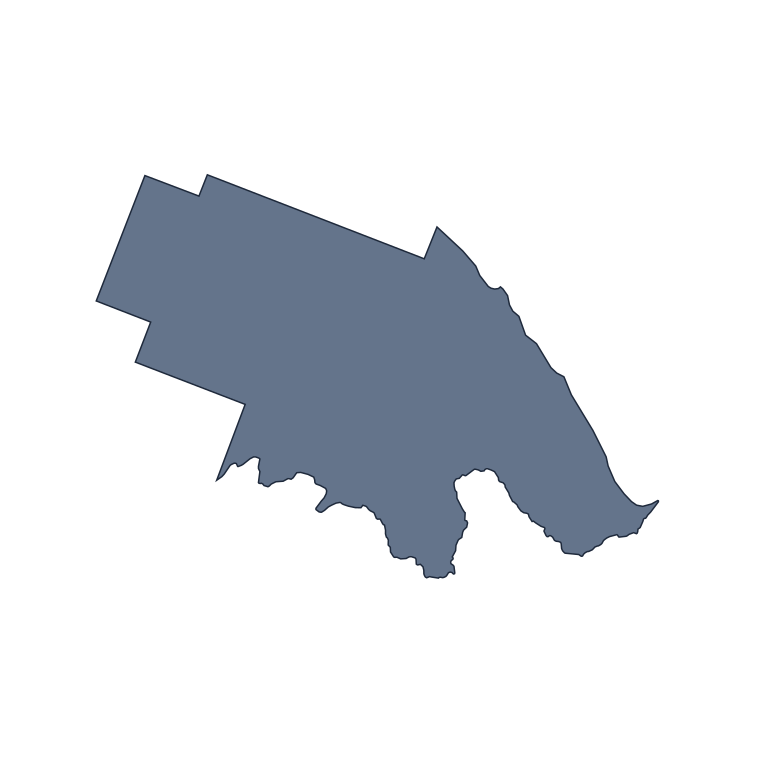 Menominee, Michigan, United States of America (Robinson projection), rotated 291°
{"feature_id": "52423323B70505810284564", "entity_name": "Menominee", "entity_type": "district", "adm_level": 2, "iso_a3": "USA", "parent_name": "United States of America", "parent_adm1": "Michigan", "projection": "robinson", "projection_center": [-87.723, 45.54], "detail": "fine", "context": "isolated", "style": "filled", "palette": "slate", "viewbox_px": 768, "rotation_deg": 291, "n_neighbors": 0, "source": "geoboundaries", "source_scale": "gbopen_adm2", "svg_char_len": 3745}
<svg xmlns="http://www.w3.org/2000/svg" viewBox="0 0 768 768"><g transform="rotate(291 384 384)"><path d="M234.2,262.3L239.4,265.8L242.6,267.1L252.9,269.5L254.1,270.3L256.4,272.5L256.8,273.8L256.8,274.7L254.6,276.9L254.6,277.3L256.9,279.9L258.5,281.2L266.2,285.7L269.2,288.4L269.9,290.3L270.0,293.5L269.8,294.6L269.5,295.0L262.1,296.3L260.1,297.1L257.8,299.5L247.0,302.1L246.6,302.6L246.7,304.0L247.4,305.2L247.3,306.5L246.2,308.4L246.5,312.5L247.7,313.5L250.2,314.6L254.0,318.1L257.1,324.7L261.2,328.2L261.6,329.3L261.8,331.4L263.9,332.8L269.9,334.3L271.6,337.9L272.4,345.5L271.9,351.8L269.7,353.6L267.3,354.8L266.7,355.6L266.3,356.5L266.4,360.9L265.8,365.5L265.6,366.9L264.5,368.1L263.6,368.8L260.9,369.4L256.2,368.9L252.1,367.4L243.6,365.0L242.4,365.5L241.3,369.2L241.7,371.2L242.0,371.7L244.8,373.8L249.3,376.1L252.1,378.5L255.6,381.9L257.7,385.4L257.7,386.2L257.1,388.0L257.0,390.1L257.2,394.5L258.3,401.5L260.2,406.8L263.2,407.7L263.4,411.0L263.0,412.1L261.4,414.6L260.7,416.7L260.4,420.0L260.1,421.0L255.8,425.0L255.5,426.4L256.3,428.2L256.4,429.0L253.3,432.5L252.5,433.7L252.5,435.0L248.1,437.8L244.6,439.1L241.9,441.1L241.6,442.1L240.0,443.9L235.2,445.6L233.8,448.4L229.5,450.3L226.1,454.9L225.9,455.8L226.9,458.2L226.7,462.2L229.0,467.2L231.4,469.2L232.1,470.2L232.6,471.6L232.8,475.4L231.9,476.7L227.4,478.7L227.1,479.8L227.2,480.4L228.7,482.6L227.3,485.9L224.4,487.9L221.0,489.3L219.6,490.5L218.6,491.8L218.4,493.3L220.6,495.7L220.7,497.0L222.3,504.4L223.1,504.7L223.9,506.0L224.1,507.5L224.3,508.3L225.1,509.4L226.5,510.7L227.7,511.2L230.9,511.8L232.1,513.1L232.4,515.0L231.6,516.6L231.6,517.3L232.3,517.9L233.2,517.7L238.8,514.7L239.5,513.8L240.3,510.8L241.8,510.0L243.3,510.1L244.9,511.1L246.0,511.0L246.7,510.4L247.0,509.7L254.0,510.6L259.2,509.0L264.7,509.2L266.0,509.7L268.6,511.6L273.6,510.6L275.0,510.6L276.2,510.7L280.0,512.5L284.3,511.8L285.8,510.3L285.7,508.7L286.1,508.1L292.9,505.9L293.2,505.0L295.6,501.8L303.4,493.1L309.1,490.6L310.0,488.8L311.3,487.7L313.8,486.1L316.9,484.7L318.9,484.8L321.3,485.5L322.9,488.1L327.2,489.7L327.5,490.3L327.5,492.7L328.0,493.4L336.8,498.9L337.2,499.9L337.6,502.9L337.2,505.7L338.8,508.6L340.4,508.9L341.6,510.0L342.0,511.0L342.1,514.7L341.8,518.6L337.6,524.3L335.4,525.4L334.5,526.5L334.3,527.2L334.5,530.6L333.4,532.7L332.5,533.5L331.3,534.0L327.0,539.6L325.0,541.0L320.4,546.2L320.4,547.4L318.9,551.5L317.2,553.2L314.6,557.3L313.9,560.6L314.5,563.6L314.3,565.4L312.0,567.0L308.7,571.5L309.5,572.8L308.7,575.3L307.4,581.6L307.5,585.1L307.1,585.8L306.4,586.1L304.4,586.0L303.8,586.2L300.6,589.6L300.0,590.8L300.2,591.8L301.8,592.9L302.1,593.9L301.5,596.3L299.1,599.2L298.9,601.1L299.5,603.4L299.5,605.6L298.5,606.6L294.0,608.8L292.3,610.5L291.0,613.1L291.0,613.9L294.6,626.9L293.9,629.7L294.1,630.5L294.6,631.0L296.9,631.4L298.6,632.3L300.3,633.7L301.1,635.2L303.9,637.9L307.5,639.4L309.3,641.4L309.7,642.2L311.8,643.9L313.3,644.6L316.4,645.0L317.8,645.7L320.0,647.1L322.4,649.3L326.8,655.4L326.7,656.0L325.3,658.0L325.5,658.7L328.6,664.6L329.4,665.4L331.5,666.7L334.3,669.9L334.7,670.4L334.7,673.3L335.4,673.8L337.0,673.8L339.5,673.1L341.8,674.6L348.4,674.9L350.9,674.7L351.9,675.3L352.3,676.2L353.0,676.6L356.2,677.2L359.9,678.8L372.4,682.4L373.3,682.0L373.3,681.3L367.9,676.8L362.5,669.4L361.4,663.2L362.9,657.2L367.5,647.5L375.7,634.4L387.8,622.6L395.6,617.5L415.5,595.7L441.0,562.8L455.2,549.4L456.1,541.3L459.1,534.0L476.3,511.9L480.3,498.7L495.5,485.7L498.2,478.1L502.8,472.8L510.8,467.7L515.3,461.0L516.4,457.9L514.1,456.6L512.3,453.3L511.8,449.6L512.4,446.4L519.6,434.5L527.0,427.4L536.4,409.9L549.6,377.2L515.3,376.7L516.0,144.1L493.1,143.9L492.9,86.1L358.4,85.6L358.2,144.0L315.3,144.0L315.2,261.7L234.2,262.3Z" fill="#64748b" stroke="#1e293b" stroke-width="1.5"/></g></svg>